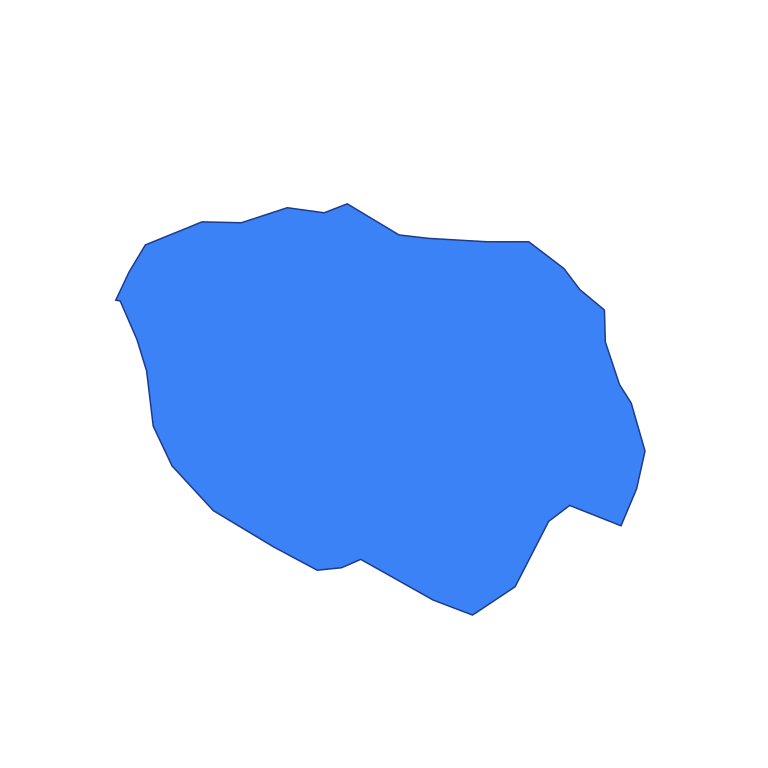 Olofström, Blekinge, Sweden (Mercator projection), rotated 301°
{"feature_id": "70781695B37822340313581", "entity_name": "Olofström", "entity_type": "district", "adm_level": 2, "iso_a3": "SWE", "parent_name": "Sweden", "parent_adm1": "Blekinge", "projection": "mercator", "projection_center": [14.59, 56.351], "detail": "fine", "context": "isolated", "style": "filled", "palette": "blue", "viewbox_px": 768, "rotation_deg": 301, "n_neighbors": 0, "source": "geoboundaries", "source_scale": "gbopen_adm2", "svg_char_len": 675}
<svg xmlns="http://www.w3.org/2000/svg" viewBox="0 0 768 768"><g transform="rotate(301 384 384)"><path d="M191.8,425.1L204.6,442.2L221.7,454.4L224.1,537.4L231.5,578.8L236.7,581.4L277.8,600.8L351.1,595.9L375.5,605.7L384.5,660.2L424.3,654.5L460.9,642.3L461.6,641.6L495.0,605.7L504.8,586.2L534.1,552.0L560.9,534.9L565.8,503.2L575.6,478.8L580.5,434.9L558.5,398.2L531.7,347.0L519.5,320.1L519.5,259.7L499.9,244.5L485.3,210.3L448.7,178.6L429.2,144.4L409.6,129.8L398.6,121.5L380.3,107.8L348.6,107.8L317.7,110.9L319.3,115.1L294.9,149.3L273.0,173.7L229.0,207.9L204.6,244.5L187.5,303.1L187.5,373.8L190.0,422.7L191.8,425.1Z" fill="#3b82f6" stroke="#1e3a8a" stroke-width="1.5"/></g></svg>